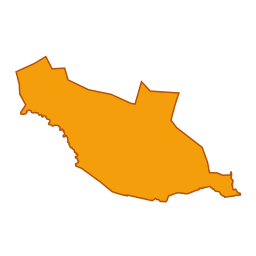 outline of Altanbulag, Selenge, Mongolia, rotated 177°
{"feature_id": "93677404B4874653776406", "entity_name": "Altanbulag", "entity_type": "district", "adm_level": 2, "iso_a3": "MNG", "parent_name": "Mongolia", "parent_adm1": "Selenge", "projection": "mercator", "projection_center": [106.819, 50.071], "detail": "fine", "context": "isolated", "style": "filled", "palette": "amber", "viewbox_px": 256, "rotation_deg": 177, "n_neighbors": 0, "source": "geoboundaries", "source_scale": "gbopen_adm2", "svg_char_len": 5399}
<svg xmlns="http://www.w3.org/2000/svg" viewBox="0 0 256 256"><g transform="rotate(177 128 128)"><path d="M234.3,147.7L232.8,147.1L231.7,147.1L230.5,147.4L229.9,147.4L229.4,147.5L228.4,148.6L228.2,148.8L228.2,149.1L228.2,149.4L228.3,149.6L228.3,149.9L228.1,150.3L227.6,150.6L226.8,150.6L225.8,151.0L225.4,151.0L224.9,150.8L224.3,150.2L224.2,150.3L224.0,150.0L223.8,149.5L223.7,149.0L223.6,148.7L223.2,148.5L222.9,148.3L222.3,148.1L221.8,148.0L221.1,148.1L220.4,148.4L220.1,148.4L219.4,147.9L219.2,147.8L218.8,148.0L218.4,147.8L218.2,147.9L217.9,147.9L217.5,148.0L217.4,147.9L217.1,147.6L216.8,147.3L216.7,146.9L216.6,146.4L216.4,146.0L216.2,145.7L215.7,145.4L215.4,145.4L214.5,145.9L214.2,146.0L214.0,145.9L213.7,145.7L213.5,145.0L213.6,144.4L213.5,144.2L213.5,143.9L213.1,143.5L212.9,143.5L212.5,143.5L212.2,143.6L212.1,143.8L212.0,144.1L211.7,144.5L211.3,144.7L210.5,144.5L209.7,144.1L209.5,143.9L209.4,143.7L209.4,143.3L209.5,143.1L209.3,142.5L209.0,142.0L208.7,141.4L207.9,141.0L207.5,140.9L206.9,140.8L206.4,140.7L206.1,140.4L205.9,140.2L205.7,139.8L205.6,139.3L205.6,138.8L205.7,138.2L205.8,138.0L206.0,137.7L206.9,137.2L207.0,137.0L207.1,136.7L207.0,136.0L206.8,135.7L206.6,135.5L206.3,135.4L205.5,135.4L204.8,135.1L204.3,134.8L203.8,134.2L203.2,133.9L202.2,134.0L201.6,134.5L201.2,134.6L200.7,134.7L200.4,134.7L200.1,134.4L199.1,134.4L198.7,134.3L197.5,134.0L197.3,133.9L197.1,133.8L196.9,133.1L196.7,132.9L196.0,132.3L195.8,131.9L195.7,131.7L195.8,131.4L196.1,130.8L196.2,130.5L196.3,130.0L196.3,129.8L196.1,129.6L195.9,129.4L195.2,129.3L194.7,129.4L194.5,129.5L194.3,129.8L193.8,130.5L193.7,130.5L193.6,130.4L193.4,129.8L193.2,129.4L192.5,128.7L192.4,128.6L192.5,128.5L192.6,128.4L192.8,128.1L192.8,127.9L192.6,127.6L192.2,127.5L192.1,127.4L192.1,127.1L191.7,126.4L191.6,126.0L191.7,125.5L191.8,125.2L191.9,124.9L192.7,124.3L193.0,123.9L193.2,123.6L193.2,123.2L193.1,122.9L193.0,122.6L192.8,122.5L192.6,122.4L191.5,122.6L191.3,122.7L191.2,122.8L190.9,123.4L190.8,123.6L190.6,123.8L190.3,123.9L190.1,123.7L189.8,123.2L189.4,122.5L188.7,120.9L188.7,120.6L188.9,120.0L188.7,119.4L188.6,118.8L188.6,118.2L188.8,117.7L189.0,117.4L189.0,117.1L188.9,116.9L188.7,116.6L188.0,116.4L187.7,116.3L187.5,116.0L187.4,115.8L187.5,115.6L187.7,115.0L187.8,114.8L187.6,114.4L187.5,113.9L187.2,113.2L186.6,111.8L186.2,111.5L186.0,111.4L185.4,111.5L185.1,111.4L185.0,111.2L185.0,110.9L185.0,110.6L184.9,110.6L184.5,110.6L184.4,110.3L184.3,110.1L184.2,109.9L183.8,109.6L183.6,109.4L183.3,109.3L183.2,109.0L182.9,108.7L182.9,108.4L182.8,108.2L182.6,108.1L182.6,107.9L182.7,107.6L182.7,107.3L182.8,107.1L182.7,106.9L182.3,106.4L182.2,106.2L181.9,106.3L181.6,106.3L181.4,106.2L181.1,105.8L181.0,105.5L181.0,105.2L181.1,104.9L181.1,104.7L180.4,104.2L179.8,104.4L179.7,104.3L179.7,103.4L179.8,103.2L180.1,103.0L180.2,102.9L180.2,102.5L180.3,102.4L180.9,102.1L181.3,102.1L181.5,102.2L181.7,102.3L181.8,102.2L182.1,101.7L182.1,101.4L181.8,101.4L181.7,101.3L181.7,101.1L181.7,100.9L181.5,100.6L181.1,100.4L180.6,100.3L180.1,99.8L180.1,99.3L179.9,98.5L179.7,98.3L179.7,98.1L179.7,97.9L179.2,97.5L179.2,97.4L179.1,97.0L179.2,96.6L179.5,96.5L180.0,96.2L180.2,95.8L181.1,95.2L181.7,95.2L181.9,95.3L182.1,95.2L182.2,94.9L182.1,92.8L180.6,92.1L176.2,90.0L157.9,75.1L155.0,72.4L147.2,65.3L142.5,63.4L136.2,61.3L132.4,60.3L132.3,61.1L114.4,56.1L111.7,55.3L107.6,54.2L106.3,54.8L104.2,56.2L103.8,55.7L103.4,55.3L102.9,55.2L102.3,54.9L102.0,54.9L101.7,55.1L101.4,55.1L101.1,55.0L101.0,54.9L100.5,53.8L99.2,52.8L98.7,52.8L97.8,53.0L96.3,52.5L96.1,52.5L95.7,52.6L94.7,52.5L93.8,52.4L93.6,52.9L93.1,53.3L92.8,53.9L92.6,54.3L92.4,54.7L92.2,55.5L91.9,56.0L90.9,58.3L89.0,58.4L88.6,58.6L88.2,58.9L86.4,59.5L85.8,59.8L85.5,59.8L82.0,60.7L81.5,60.6L81.0,60.6L77.0,60.0L75.5,59.8L75.1,59.5L74.5,59.5L73.4,59.3L72.4,59.3L71.3,59.4L70.2,59.8L69.2,60.1L66.9,60.9L64.6,61.7L60.5,62.7L60.0,63.5L59.9,64.0L59.1,64.5L58.7,64.1L58.2,63.6L57.9,63.6L56.5,63.8L56.4,63.9L55.7,64.7L55.2,64.6L55.0,64.4L52.6,64.8L51.3,65.1L50.7,65.1L49.1,65.3L48.7,65.0L48.5,64.5L48.3,64.1L47.9,63.8L47.4,63.8L47.1,63.3L46.9,62.7L45.9,62.7L45.5,62.4L45.2,61.8L45.0,61.3L44.8,61.1L44.5,60.8L44.1,60.7L43.9,60.5L43.7,60.3L40.0,59.5L39.8,58.9L39.6,58.3L39.3,57.9L39.1,57.4L38.7,56.8L37.7,56.0L37.5,55.6L37.3,55.4L37.0,55.3L36.5,55.3L36.1,55.1L35.5,54.8L35.2,53.8L29.5,54.3L29.2,54.3L25.3,54.6L24.9,54.7L23.7,55.3L21.3,54.8L20.7,55.1L20.2,55.1L20.0,55.5L19.8,55.6L19.6,55.5L19.5,55.4L19.2,55.3L19.2,55.7L19.3,56.5L19.4,56.8L19.6,57.0L19.8,57.1L20.0,57.2L20.4,57.1L20.8,57.2L21.7,57.8L22.0,58.2L23.2,60.4L23.6,61.0L24.0,61.3L24.3,61.3L24.6,61.3L25.6,60.8L25.9,60.8L26.2,60.9L26.3,61.1L26.5,62.1L26.5,63.2L26.8,64.4L26.8,64.7L26.6,65.2L26.6,65.4L26.9,65.6L27.2,65.8L27.3,66.0L27.3,66.6L27.2,66.8L26.6,67.1L26.3,67.6L26.3,67.9L26.2,68.3L26.3,68.9L25.9,69.4L25.8,69.6L25.8,69.9L25.9,70.0L26.3,70.6L26.7,71.2L27.2,71.7L27.3,71.9L27.4,72.2L27.5,72.5L27.8,73.0L27.8,73.3L27.7,73.6L27.3,74.1L27.2,74.7L27.1,75.0L27.2,75.3L27.2,75.7L27.0,76.2L27.0,76.3L27.0,76.7L27.0,77.6L27.3,79.2L28.3,75.7L35.9,75.9L41.4,78.5L49.0,79.2L50.4,89.7L54.9,104.7L79.3,125.7L84.7,133.5L79.9,148.4L75.3,160.3L103.9,163.7L112.1,173.5L119.7,151.5L124.2,152.6L143.2,162.5L165.5,168.3L185.4,179.2L188.1,191.1L200.7,191.1L206.3,203.6L218.0,197.4L236.8,190.0L234.3,177.4L234.3,167.4L228.9,156.4L234.3,149.3L234.3,148.4L234.3,148.0L234.3,147.7Z" fill="#f59e0b" stroke="#b45309" stroke-width="1.5"/></g></svg>